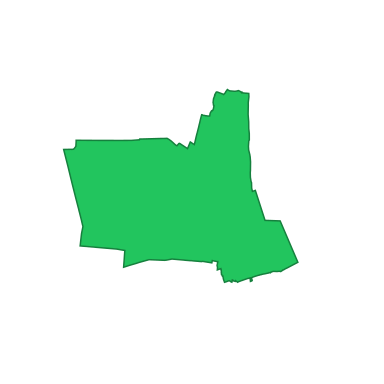 the district of Elburg, Gelderland, Netherlands, rotated 129°
{"feature_id": "6326949B24126125821368", "entity_name": "Elburg", "entity_type": "district", "adm_level": 2, "iso_a3": "NLD", "parent_name": "Netherlands", "parent_adm1": "Gelderland", "projection": "albers", "projection_center": [5.826, 52.416], "detail": "fine", "context": "isolated", "style": "filled", "palette": "green", "viewbox_px": 384, "rotation_deg": 129, "n_neighbors": 0, "source": "geoboundaries", "source_scale": "gbopen_adm2", "svg_char_len": 5392}
<svg xmlns="http://www.w3.org/2000/svg" viewBox="0 0 384 384"><g transform="rotate(129 192 192)"><path d="M239.7,318.5L241.6,316.0L250.1,304.6L258.5,293.6L259.3,292.5L260.7,290.7L268.8,279.9L274.5,272.2L275.9,270.3L276.3,269.7L276.7,269.2L277.1,268.7L277.5,268.2L277.9,267.7L278.0,267.5L283.7,259.9L284.5,258.9L285.5,257.6L286.0,257.0L287.4,255.1L287.9,254.8L293.8,251.7L297.4,249.4L300.4,247.5L302.1,246.4L303.5,245.5L304.3,245.0L283.6,214.4L281.9,211.3L279.7,207.4L282.2,205.7L287.0,202.3L293.5,197.8L288.3,194.4L284.4,191.7L282.4,190.3L279.9,188.7L271.6,182.8L270.2,180.9L262.4,170.4L261.5,169.5L260.9,168.9L257.1,165.7L256.8,165.5L249.9,155.3L249.3,154.3L247.1,151.1L246.5,150.2L245.9,149.5L245.7,149.2L244.5,147.3L244.1,146.7L241.9,143.5L241.2,142.4L240.0,140.7L239.2,140.1L237.9,137.8L234.6,132.0L232.5,133.1L232.1,132.3L231.7,131.4L231.5,131.0L231.0,130.2L230.2,128.4L229.9,128.2L230.1,128.0L230.7,127.7L231.4,127.3L232.3,126.8L233.1,126.5L233.7,125.8L234.6,124.7L234.9,124.5L236.6,123.3L233.4,121.4L234.2,120.6L234.0,120.4L235.7,118.8L235.9,118.6L236.0,118.7L237.4,117.3L237.3,117.2L237.9,116.1L238.2,115.5L238.1,115.4L237.9,115.2L238.1,115.0L238.9,113.9L239.1,113.7L239.4,113.4L240.1,112.5L240.4,112.1L240.8,111.3L241.4,110.4L241.7,109.9L240.8,109.3L239.9,108.7L237.8,107.5L237.7,107.4L237.5,107.1L237.4,107.0L237.4,106.9L237.4,106.7L237.3,105.8L237.3,105.2L237.0,104.3L235.0,105.3L234.8,104.5L235.2,104.3L235.1,104.1L235.0,103.8L234.5,102.8L234.3,102.1L234.0,102.1L233.8,102.2L233.5,102.3L233.5,101.9L233.5,101.2L233.4,100.6L233.4,99.7L233.0,99.6L232.4,99.4L231.0,98.5L230.4,98.2L229.9,97.9L229.4,97.5L229.0,97.3L226.1,95.5L225.3,95.0L224.3,94.4L223.1,93.4L222.7,93.2L222.3,92.9L222.2,92.8L224.7,90.3L223.5,89.6L223.3,89.8L222.8,89.6L222.5,90.0L221.3,91.9L220.8,91.6L220.5,91.5L220.4,91.4L219.9,91.2L217.8,89.9L217.6,89.8L217.2,89.5L217.0,89.4L216.4,88.9L215.9,88.7L215.6,88.4L215.3,88.2L215.0,88.0L214.7,87.8L214.5,87.5L214.1,87.4L213.8,87.3L213.8,87.2L213.6,87.0L213.5,86.9L213.4,86.8L213.1,86.7L212.8,86.3L212.7,86.3L212.4,86.1L211.1,85.1L210.9,85.0L210.7,84.8L210.5,84.5L210.4,84.4L210.1,84.3L209.8,84.0L209.6,83.8L209.5,83.7L209.2,83.5L209.0,83.3L208.9,83.2L208.3,82.8L208.1,82.6L207.8,82.4L207.6,82.2L207.3,82.0L207.2,81.9L207.0,81.7L206.9,81.6L206.7,81.6L206.5,81.4L206.4,81.4L206.2,81.4L205.9,81.0L205.8,80.7L205.7,80.6L205.6,80.3L205.3,80.3L205.1,80.2L204.9,80.3L204.6,80.2L204.4,80.0L204.2,80.0L203.6,79.7L203.4,79.4L203.2,79.3L202.9,79.1L202.7,79.1L202.5,78.9L202.1,78.3L201.8,77.9L201.7,77.8L201.1,77.0L200.8,76.6L200.6,76.3L200.4,76.0L199.1,74.7L198.6,74.1L198.4,73.8L198.3,73.6L198.2,73.3L198.1,73.1L197.8,72.9L197.6,72.9L197.3,72.8L196.9,72.6L196.4,72.5L196.2,72.4L195.6,72.4L195.3,72.3L195.2,72.2L194.9,71.8L194.7,71.8L194.5,71.7L194.1,71.6L193.4,71.3L192.3,70.9L191.9,70.6L180.0,65.5L159.0,105.3L168.1,117.4L150.9,143.8L153.5,145.4L151.5,148.0L147.3,151.6L146.7,152.7L143.9,155.8L140.4,158.8L138.4,160.2L131.7,165.5L128.2,168.8L126.5,170.7L123.7,174.4L121.1,176.8L116.6,180.0L115.5,180.2L110.6,184.2L107.0,187.8L101.8,192.1L96.3,197.3L89.6,202.5L87.2,204.5L82.2,207.7L79.7,209.9L81.2,212.2L81.3,212.2L81.4,212.4L81.5,212.6L81.8,212.8L81.9,213.0L82.0,213.4L82.1,213.5L82.3,213.7L82.6,214.0L82.7,214.3L82.7,214.5L82.8,214.7L83.0,214.9L83.1,215.2L83.4,215.5L83.2,215.8L83.3,215.8L83.5,215.8L83.7,216.0L83.5,216.4L83.4,216.4L83.4,216.5L83.2,216.5L83.3,216.8L83.4,217.1L83.5,217.6L83.6,218.2L83.7,218.6L83.8,219.0L83.8,219.3L83.8,219.5L84.1,219.8L84.4,220.1L85.0,220.4L85.4,220.8L85.6,221.0L86.3,221.6L86.6,221.9L87.0,222.4L87.5,223.1L89.1,225.5L89.5,226.0L89.7,226.5L89.8,226.8L90.0,228.1L90.1,228.5L90.1,229.0L90.4,229.0L91.7,228.9L92.7,228.9L93.1,228.8L93.7,228.6L93.8,228.6L94.3,228.6L94.9,228.7L95.3,228.7L96.3,228.7L96.3,228.8L96.5,229.7L97.0,231.2L97.1,231.6L97.6,233.0L97.7,233.3L98.1,234.6L98.2,234.9L98.3,235.0L98.5,235.4L98.7,235.7L99.0,236.0L100.5,235.7L100.5,235.8L102.1,235.5L103.1,235.0L103.0,234.9L105.3,234.2L105.7,234.1L106.9,233.4L108.6,232.3L109.1,232.0L109.1,231.9L109.4,231.6L109.8,231.2L110.3,230.6L110.5,230.5L110.8,230.2L111.0,230.0L111.0,229.9L111.0,229.6L111.0,229.4L111.1,229.2L111.7,228.9L113.6,227.9L114.0,227.7L114.9,227.4L115.1,227.4L115.8,227.3L116.0,227.3L116.1,227.5L116.3,227.8L116.6,227.8L117.0,227.9L117.9,227.7L118.7,227.6L119.1,227.5L119.3,227.5L119.4,227.4L119.6,227.3L120.4,226.9L121.7,226.1L121.8,226.2L122.0,226.3L122.7,227.1L123.1,227.7L123.2,227.9L123.3,228.0L123.8,228.9L124.0,229.2L124.2,229.4L124.3,229.5L124.4,230.0L124.8,230.7L124.9,230.9L125.2,231.2L125.3,231.4L125.4,231.6L125.5,232.1L125.6,232.6L125.6,232.8L125.7,233.0L125.8,233.1L126.3,232.9L128.1,232.1L130.3,231.1L133.1,229.7L135.5,228.6L135.9,228.4L137.3,227.7L141.7,225.7L142.5,225.3L142.9,225.1L144.0,224.7L145.0,224.2L145.9,223.8L150.2,221.7L151.6,221.0L153.7,220.1L154.0,222.6L154.0,223.3L154.2,224.8L155.3,224.5L157.3,223.9L157.6,223.8L161.1,222.8L162.0,232.2L162.3,232.5L162.6,232.7L165.4,232.8L165.5,232.8L165.6,233.0L165.7,233.6L165.8,234.9L165.6,237.9L165.5,240.0L165.5,240.3L165.5,241.1L165.6,241.9L165.6,242.6L165.9,244.7L165.9,244.9L166.3,245.5L166.5,245.8L166.8,246.0L170.2,250.1L180.5,262.1L183.8,266.0L184.5,265.7L189.8,271.3L196.3,279.2L199.3,282.9L202.9,287.4L209.3,295.3L221.3,310.3L224.7,314.6L225.8,313.7L229.6,311.0L231.5,310.9L233.3,311.0L234.5,312.2L235.0,312.9L239.7,318.5Z" fill="#22c55e" stroke="#15803d" stroke-width="1.5"/></g></svg>